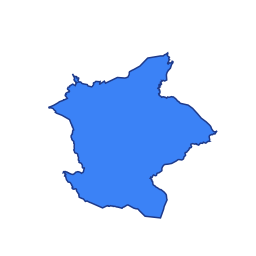 Juchitlán, Jalisco, Mexico (Mercator projection), rotated 29°
{"feature_id": "50627088B62561393474891", "entity_name": "Juchitlán", "entity_type": "district", "adm_level": 2, "iso_a3": "MEX", "parent_name": "Mexico", "parent_adm1": "Jalisco", "projection": "mercator", "projection_center": [-104.048, 20.063], "detail": "fine", "context": "isolated", "style": "filled", "palette": "blue", "viewbox_px": 256, "rotation_deg": 29, "n_neighbors": 0, "source": "geoboundaries", "source_scale": "gbopen_adm2", "svg_char_len": 5820}
<svg xmlns="http://www.w3.org/2000/svg" viewBox="0 0 256 256"><g transform="rotate(29 128 128)"><path d="M207.2,87.3L206.9,88.1L206.6,88.6L205.4,89.5L204.0,89.4L201.8,88.4L199.5,86.5L197.6,85.8L193.3,84.7L187.3,83.9L182.1,81.9L175.0,79.5L169.5,78.8L162.3,80.9L161.6,81.0L160.7,80.7L160.0,80.6L159.8,80.3L158.9,80.4L158.3,80.2L157.9,80.3L157.3,79.9L155.0,79.1L154.2,79.2L152.9,78.8L152.1,79.0L151.9,79.3L150.8,79.5L149.4,81.0L148.1,81.6L147.6,81.7L147.4,83.1L146.1,83.0L145.8,83.2L145.4,83.1L145.0,83.4L144.2,83.3L143.8,83.7L143.0,84.1L142.8,84.7L142.5,84.9L141.5,84.4L140.7,84.5L139.8,84.1L138.8,84.0L138.7,83.5L138.8,83.3L138.2,83.0L138.5,82.4L138.7,82.5L138.9,81.8L138.0,80.1L137.2,80.1L136.8,79.0L134.9,78.9L135.0,77.8L135.6,77.8L136.1,76.7L135.2,76.8L135.3,75.9L134.3,75.6L134.2,75.1L135.6,75.0L135.6,74.5L135.9,74.0L134.8,73.9L134.9,72.8L135.5,72.9L135.5,72.7L134.2,72.2L135.4,70.0L134.9,69.9L135.7,69.5L135.9,69.2L137.3,69.1L138.6,67.2L135.8,62.9L135.3,61.0L135.2,59.6L135.4,58.3L135.2,57.9L135.7,57.1L135.8,56.2L136.1,55.2L135.3,51.2L135.6,49.6L135.4,48.4L134.9,48.1L134.3,48.2L134.5,48.8L133.7,50.5L133.1,51.0L132.3,50.9L132.2,51.6L132.2,52.3L132.1,52.6L131.4,52.4L131.2,51.6L131.2,49.8L130.9,48.8L131.3,48.1L131.1,47.9L130.3,47.8L130.0,47.5L129.8,46.9L129.9,46.1L127.6,45.7L127.2,45.5L126.9,44.8L126.7,44.2L126.9,43.8L126.3,43.1L125.5,45.0L124.4,46.3L124.0,47.7L123.0,48.4L121.4,49.3L111.4,57.2L111.2,57.7L108.4,68.1L104.6,74.2L103.6,75.5L102.1,78.0L102.1,78.6L103.1,80.6L103.2,83.4L102.9,83.9L101.7,85.3L100.9,85.9L94.8,88.7L94.2,89.0L86.6,99.7L84.6,98.5L82.1,103.2L81.9,103.3L81.1,100.9L80.7,101.3L77.3,102.8L76.8,104.3L76.0,105.2L76.0,105.6L76.5,105.9L76.7,106.3L76.8,107.2L76.6,109.0L76.3,109.6L75.8,109.8L72.7,110.6L71.3,109.8L68.3,110.8L66.5,111.3L65.8,111.3L64.8,110.8L64.5,110.8L63.8,111.2L63.7,111.0L62.7,111.6L62.3,111.1L61.3,110.7L61.0,110.4L60.9,110.0L61.1,109.0L60.6,108.2L60.4,108.2L59.1,109.1L58.8,109.0L58.4,108.1L58.1,108.0L56.0,108.9L55.7,108.9L53.2,107.6L55.1,109.0L56.8,110.0L57.2,110.7L57.4,112.1L58.3,112.3L58.5,112.7L59.9,113.0L61.4,113.0L61.2,113.5L60.6,114.0L61.1,114.5L61.3,116.5L58.4,116.4L56.6,119.6L56.9,120.4L56.4,121.0L55.9,121.4L56.0,122.9L56.4,123.4L58.6,123.8L59.0,124.3L58.7,124.9L59.6,124.9L58.4,125.2L58.0,126.1L57.6,126.4L56.9,127.9L57.0,128.7L57.6,128.8L57.2,129.7L57.5,130.2L57.8,130.2L60.6,131.5L58.6,134.3L58.0,134.5L58.0,135.1L55.3,138.3L54.4,140.2L52.1,144.0L50.6,146.0L49.0,148.0L48.9,147.9L48.8,148.0L48.8,148.3L49.4,148.7L50.1,148.1L51.2,147.6L53.0,147.3L54.9,148.1L56.4,148.3L56.8,148.7L56.9,149.5L57.2,149.4L58.1,149.7L63.9,148.9L72.8,149.0L75.0,150.8L76.2,151.9L76.6,152.0L77.2,152.4L77.7,153.1L78.6,153.4L78.7,153.6L78.6,153.8L78.7,154.0L79.2,154.1L80.6,155.2L80.7,155.5L81.4,156.0L81.0,156.6L81.0,157.4L81.9,159.2L81.8,159.4L81.8,159.8L82.3,160.4L82.0,161.3L82.0,162.4L82.7,163.6L83.8,164.4L84.2,165.0L84.5,165.0L85.3,165.7L86.8,165.9L87.4,166.5L88.0,167.7L88.8,168.0L90.0,170.5L91.2,172.3L91.2,173.5L91.6,173.8L92.2,174.1L92.4,174.4L93.3,175.3L93.8,175.4L94.8,175.3L95.0,175.1L96.1,175.1L96.5,175.2L97.9,176.9L98.4,177.2L99.1,177.9L99.9,179.7L100.1,180.1L101.2,180.4L101.6,181.5L101.8,181.8L102.5,181.8L103.5,181.5L104.5,181.7L106.1,182.7L107.2,184.6L107.5,184.8L108.1,184.8L109.0,184.1L109.3,184.2L109.4,184.5L109.5,185.5L110.2,187.8L110.1,188.8L109.3,189.8L109.3,190.1L106.9,190.0L106.4,190.3L105.8,190.3L105.3,190.5L103.7,192.1L103.6,192.8L102.9,194.6L102.4,195.3L100.7,195.9L98.3,196.1L97.5,196.0L97.2,196.2L96.8,196.2L96.1,196.1L95.7,196.1L95.2,196.5L94.1,196.5L93.7,197.1L93.2,197.1L92.9,197.3L92.8,197.7L93.0,198.4L93.2,198.1L94.5,198.2L95.7,198.5L96.2,198.8L96.2,199.1L95.7,199.1L95.5,199.9L96.2,200.3L96.1,200.7L96.8,200.6L97.1,200.8L99.3,203.1L100.6,203.6L101.4,204.2L102.2,204.2L103.5,203.7L104.1,203.8L105.5,204.6L106.1,204.8L106.5,205.4L108.4,206.5L108.1,207.6L109.1,208.0L109.8,208.0L110.9,207.3L111.6,206.6L112.3,206.5L112.6,206.6L113.0,207.0L113.3,207.8L116.4,209.5L117.2,209.7L117.5,210.5L118.9,212.2L121.5,212.0L123.5,211.7L126.3,212.9L127.6,211.7L130.6,211.6L131.5,211.4L144.5,210.2L147.5,206.0L148.2,205.6L148.6,206.0L149.7,205.5L150.0,205.2L150.1,204.7L150.5,204.3L151.2,204.3L152.3,203.7L153.0,203.8L153.1,203.5L155.1,202.7L156.2,202.6L157.5,202.0L157.8,202.1L158.7,201.7L159.5,201.6L160.5,201.3L161.6,201.1L161.8,200.9L161.8,200.3L162.2,199.6L163.0,198.7L164.3,196.3L164.9,195.6L165.5,195.3L171.8,195.3L174.4,194.7L175.2,194.1L176.0,194.1L176.8,194.2L177.8,194.7L185.7,196.9L200.0,190.9L198.5,181.8L197.7,179.2L197.0,171.9L196.1,171.0L194.0,168.0L192.4,167.1L191.2,166.8L190.3,166.4L189.1,166.3L186.9,165.9L186.5,165.9L186.2,166.2L185.6,166.3L182.5,166.0L181.1,166.1L180.2,165.7L177.7,165.5L176.9,164.9L176.3,163.9L175.5,163.2L175.5,162.9L175.4,162.8L174.7,162.8L174.2,162.0L173.6,162.0L173.4,161.4L172.9,161.4L172.1,161.0L171.8,161.1L171.9,160.6L171.8,160.2L171.8,159.8L172.6,159.8L173.0,159.5L172.9,157.3L173.1,156.7L174.9,156.5L175.3,156.3L175.7,155.8L175.8,155.3L175.7,154.9L175.4,154.2L175.4,153.5L176.9,152.0L178.2,149.3L178.3,148.9L178.1,148.5L177.2,146.9L177.0,145.3L177.1,144.1L177.4,142.9L177.7,142.2L180.8,140.0L183.4,137.8L186.3,133.3L186.8,132.0L187.2,131.3L188.5,130.6L190.2,130.0L190.7,129.7L191.3,128.6L191.5,128.1L191.0,126.0L191.2,125.1L191.5,124.7L191.6,124.0L191.4,123.7L190.3,122.8L190.0,122.0L190.0,121.6L190.5,121.5L190.9,120.9L191.2,120.1L191.1,119.5L191.6,118.3L191.7,117.3L191.5,115.9L191.8,116.0L191.9,115.3L192.7,114.4L192.7,113.5L191.2,112.5L190.9,111.7L192.1,110.3L194.1,109.8L194.9,108.8L195.5,108.6L195.6,109.1L198.1,108.7L198.7,106.2L200.7,105.2L200.8,103.9L203.4,103.5L204.3,101.1L205.5,100.3L205.1,100.3L205.4,99.6L205.4,99.2L205.1,98.6L203.3,96.4L203.0,95.8L203.1,94.8L204.1,93.2L204.7,93.2L205.3,92.6L205.5,91.6L206.9,91.1L207.2,87.3Z" fill="#3b82f6" stroke="#1e3a8a" stroke-width="1.5"/></g></svg>